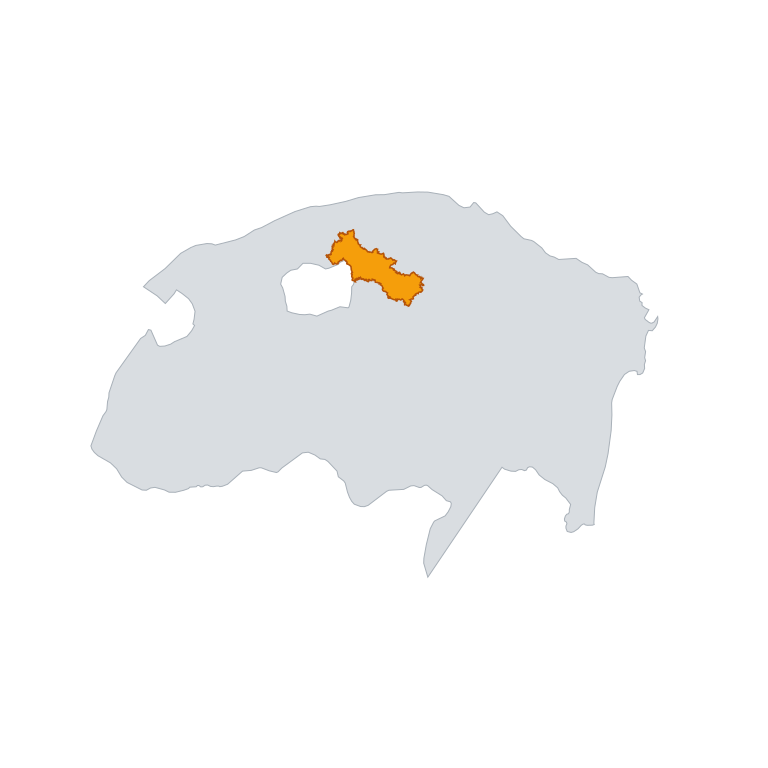 Joe Gqabi, Eastern Cape, South Africa shown in context, rotated 215°
{"feature_id": "47623444B23123045321242", "entity_name": "Joe Gqabi", "entity_type": "district", "adm_level": 2, "iso_a3": "ZAF", "parent_name": "South Africa", "parent_adm1": "Eastern Cape", "projection": "robinson", "projection_center": [27.656, -30.899], "detail": "fine", "context": "in_parent", "style": "filled", "palette": "amber", "viewbox_px": 768, "rotation_deg": 215, "n_neighbors": 0, "source": "geoboundaries", "source_scale": "gbopen_adm2", "svg_char_len": 9774}
<svg xmlns="http://www.w3.org/2000/svg" viewBox="0 0 768 768"><g transform="rotate(215 384 384)"><path d="M521.4,158.4L538.0,156.0L545.5,157.3L554.4,161.2L562.8,162.5L577.1,161.2L582.0,161.8L585.8,163.1L588.6,165.2L592.6,180.4L596.0,196.8L595.9,202.1L596.4,204.2L600.4,211.1L601.9,215.4L604.2,219.0L609.3,236.4L609.9,239.5L609.5,281.7L607.4,286.9L608.2,293.5L605.8,294.4L591.8,285.9L589.3,286.2L585.3,289.4L581.6,294.3L579.9,298.5L572.7,309.9L572.1,317.2L572.7,323.3L575.0,323.6L576.7,328.1L580.5,335.2L587.0,339.7L593.0,341.8L601.4,342.3L608.0,342.1L607.7,337.4L609.3,324.5L620.4,326.1L636.8,325.7L635.6,334.0L629.5,353.0L625.5,374.4L620.4,385.2L617.6,389.6L609.6,397.5L605.4,400.1L601.9,401.0L588.2,416.9L583.1,424.6L578.5,435.8L574.0,441.9L567.3,455.0L555.7,474.4L545.9,487.1L541.6,490.7L538.7,492.4L531.0,499.8L520.1,511.6L511.8,522.1L499.5,534.1L492.3,539.3L481.6,549.6L478.6,551.1L466.6,560.6L458.0,566.4L444.0,573.1L438.4,575.0L425.1,573.3L419.6,574.2L415.0,578.3L414.6,584.1L412.7,585.0L400.4,582.3L395.4,582.7L392.5,585.9L390.2,589.8L383.2,590.0L370.7,585.9L356.1,583.4L352.7,583.2L345.6,586.2L343.1,586.6L332.8,586.0L327.0,584.1L321.6,584.1L317.4,585.6L312.3,586.2L298.7,597.1L291.6,597.2L285.5,598.4L274.7,597.0L271.4,597.6L268.2,599.6L260.9,600.4L258.0,602.0L245.8,612.0L240.7,611.0L234.2,610.9L226.7,605.5L223.9,605.9L224.6,604.3L224.8,601.5L222.1,598.6L219.3,598.7L217.7,596.3L213.3,596.1L209.6,596.8L208.7,587.6L207.0,586.7L202.5,586.5L200.4,586.8L199.4,587.6L198.3,589.8L198.5,596.2L196.9,594.4L195.0,590.5L194.3,586.4L194.8,581.5L198.1,579.6L197.0,573.5L191.5,562.8L188.3,560.6L185.6,555.1L183.1,553.1L181.9,549.3L179.4,546.2L178.4,541.4L179.7,538.6L181.8,537.1L184.0,539.5L186.7,538.6L190.4,535.1L192.5,529.7L192.4,521.3L191.6,515.9L188.2,502.2L186.7,499.1L179.5,489.3L171.2,476.1L160.5,455.4L155.2,443.0L147.3,417.8L140.5,403.6L132.2,390.3L131.2,389.5L132.3,387.9L136.5,384.8L138.4,384.0L139.5,384.3L140.5,383.5L141.4,381.4L142.0,376.7L143.9,371.8L145.6,369.7L149.3,368.3L152.2,370.2L153.5,372.0L154.0,374.4L155.3,375.5L157.4,375.4L158.8,376.9L159.7,379.9L159.6,382.1L158.5,383.5L158.7,385.3L160.2,387.5L162.0,392.4L169.7,394.9L174.1,395.2L178.3,396.5L182.2,398.6L188.6,399.2L197.5,398.0L204.8,398.5L210.6,400.7L214.7,401.1L217.3,399.7L218.4,397.8L218.0,395.2L219.2,393.6L222.1,393.0L224.4,391.1L226.1,387.9L230.1,385.4L236.4,383.4L239.6,383.5L237.3,250.9L248.7,260.0L251.4,264.2L257.2,276.7L263.1,292.0L264.1,299.4L263.9,301.0L258.3,311.0L258.1,316.0L258.9,321.8L260.3,324.7L262.0,325.6L266.0,324.2L272.2,325.7L284.0,325.1L290.0,325.8L291.4,325.4L292.8,324.1L294.3,320.6L295.6,319.5L301.1,318.0L303.6,315.9L307.4,309.0L319.0,299.8L320.3,297.6L327.4,275.5L329.7,272.3L332.9,270.2L339.4,268.5L343.2,269.4L347.3,271.4L352.0,274.6L358.9,280.6L361.3,281.5L368.2,281.8L372.5,285.7L385.4,288.4L389.2,288.3L393.2,286.1L399.8,286.2L406.9,284.7L411.3,280.8L419.5,256.6L420.4,251.3L421.3,249.8L428.1,247.1L436.4,245.0L438.1,243.9L443.2,237.1L449.9,231.5L454.6,212.2L457.7,207.6L459.6,205.7L460.8,205.6L462.5,204.4L464.8,202.1L467.4,200.6L470.5,200.1L472.5,198.5L473.5,195.9L475.1,194.6L477.3,194.7L478.6,193.9L478.9,192.1L484.0,188.0L484.1,186.3L487.0,182.2L492.7,175.7L498.0,172.1L503.1,171.3L512.3,168.0L515.6,164.9L517.7,160.7L521.4,158.4ZM505.4,444.0L513.5,440.7L519.6,436.4L520.9,428.6L525.6,423.7L527.3,419.2L528.6,413.0L525.9,406.5L522.1,404.6L515.3,399.0L512.3,395.2L508.2,392.0L505.2,388.2L500.5,389.4L493.1,392.5L488.6,395.3L484.8,398.7L477.9,401.1L471.5,411.8L469.4,414.2L464.4,422.0L457.1,425.8L456.9,427.2L459.3,433.6L462.7,439.9L466.2,445.1L466.1,448.3L467.3,450.8L470.4,452.5L475.8,458.9L478.4,461.0L486.5,462.5L487.7,462.1L489.9,458.3L490.2,455.6L495.6,447.2L497.9,444.7L505.4,444.0Z" fill="#d9dde1" stroke="#a8b0b8" stroke-width="1"/><path d="M494.2,452.8L493.7,454.0L493.8,454.5L493.3,454.3L492.9,454.9L491.6,455.1L490.7,456.2L490.7,456.4L491.4,457.1L491.5,457.4L491.2,457.7L491.3,458.3L490.7,459.0L490.9,459.4L490.6,460.4L489.4,461.0L489.7,463.1L489.4,463.7L488.5,463.0L486.0,463.1L485.7,462.8L485.2,463.0L484.1,462.6L483.9,462.0L483.5,461.8L483.6,461.3L483.4,461.1L482.6,461.2L482.3,461.5L479.7,461.7L478.1,461.1L477.3,459.9L476.6,459.5L476.5,458.9L474.5,457.6L474.3,457.2L474.0,457.2L474.2,456.6L473.6,455.9L473.8,455.5L472.7,455.4L472.6,455.0L472.8,454.8L472.3,453.8L471.7,453.2L470.9,453.3L470.7,452.8L470.3,452.8L470.3,452.4L469.9,452.2L469.9,451.0L469.4,450.7L467.4,451.6L467.1,451.5L466.9,451.1L466.5,451.0L466.0,451.3L466.6,451.6L466.5,452.2L466.8,452.9L467.0,452.9L467.1,452.3L467.5,452.4L467.7,453.5L466.9,454.1L465.7,453.7L465.3,454.6L465.8,454.9L466.4,454.7L466.7,455.1L465.8,455.6L464.6,455.4L464.4,456.0L465.4,456.8L464.5,457.2L464.5,457.8L464.0,457.5L463.1,457.5L462.9,456.7L462.7,456.7L462.5,456.8L462.4,457.7L462.1,457.7L461.9,456.9L461.7,457.7L461.1,458.3L460.6,457.8L459.4,457.8L459.6,458.6L458.6,459.5L458.2,459.1L458.0,458.4L455.6,458.7L455.4,459.3L455.9,459.6L456.2,460.2L456.7,460.3L456.4,461.0L455.8,461.2L455.4,460.8L453.8,461.3L453.2,461.9L453.8,463.1L452.4,463.5L451.7,463.2L451.6,463.8L451.2,464.0L450.7,464.0L450.5,463.5L449.5,462.4L448.6,462.8L447.8,463.4L447.0,463.4L446.3,464.1L445.8,464.1L445.5,463.4L444.8,464.3L444.1,464.4L444.0,464.0L444.3,463.6L444.1,463.2L441.9,463.3L440.3,462.2L439.6,462.1L439.8,460.8L438.6,459.9L437.6,459.8L436.8,460.3L436.2,460.3L435.7,460.8L434.5,460.4L433.4,460.6L433.4,460.2L433.0,459.8L432.9,458.9L430.9,458.5L430.8,457.5L429.8,456.8L429.3,456.9L428.8,457.4L429.4,458.0L429.4,458.7L429.2,458.8L428.5,458.7L427.8,458.0L424.2,458.8L423.1,459.4L423.1,460.3L422.8,460.5L422.5,460.3L422.5,459.7L421.9,459.0L421.4,459.0L420.9,459.6L421.6,460.9L421.5,461.4L420.6,461.5L420.2,462.2L418.6,462.3L418.2,462.8L418.1,463.9L417.7,464.2L415.5,463.8L415.1,463.4L415.3,462.7L415.0,462.5L413.9,463.1L413.1,463.0L412.9,462.8L413.4,461.9L412.5,460.7L411.5,461.6L410.4,461.5L408.8,462.3L408.6,461.9L408.3,462.3L408.3,463.1L408.8,463.6L408.4,464.0L408.6,465.0L408.5,465.4L408.9,465.6L409.0,467.5L409.8,467.6L410.4,468.1L411.1,467.9L410.3,469.4L409.2,470.0L408.8,470.7L410.2,471.9L409.8,473.0L410.0,473.8L408.9,474.9L409.2,475.7L409.7,475.7L409.3,476.8L408.6,477.4L407.8,477.7L408.3,478.3L408.1,479.1L407.2,480.3L406.6,480.2L406.4,480.4L406.0,482.6L406.3,483.3L406.7,483.1L407.9,483.8L407.7,484.0L408.2,484.7L408.7,484.7L409.1,484.0L409.7,483.9L409.6,484.2L410.4,485.1L411.5,485.5L410.2,486.9L409.7,487.0L409.0,486.7L408.1,487.5L408.7,488.1L410.1,487.9L411.7,488.4L412.3,487.9L412.6,490.6L412.3,491.3L412.5,493.0L413.4,492.5L413.9,492.8L413.8,492.5L414.3,492.2L414.4,491.6L414.8,492.1L415.6,492.0L416.1,492.6L416.6,492.5L416.9,491.9L418.0,491.5L419.4,492.1L419.3,492.3L420.7,491.8L422.6,492.5L422.7,492.3L424.0,492.6L424.8,491.2L424.6,490.7L425.1,490.3L425.2,489.2L425.0,487.5L425.4,487.2L426.0,487.4L428.7,486.0L429.1,484.5L429.9,485.0L431.2,485.4L432.2,483.5L434.1,483.3L434.0,483.9L435.2,484.4L435.6,483.2L435.9,483.5L436.0,483.2L435.8,483.0L435.9,482.5L436.3,482.1L436.5,482.2L438.0,482.1L437.5,482.9L438.0,483.5L441.2,482.9L441.1,483.6L442.0,484.0L442.6,483.4L444.1,483.7L446.0,482.4L446.4,483.1L446.6,485.4L445.3,487.0L445.4,488.2L445.2,488.9L443.7,488.9L444.2,490.1L444.3,491.9L445.7,491.3L446.3,491.7L447.2,491.5L447.6,490.5L449.5,491.1L450.8,491.2L451.1,490.3L451.9,489.8L451.9,489.1L453.5,487.9L454.3,488.5L454.8,487.7L456.0,488.5L456.9,487.9L457.5,488.5L457.4,488.9L458.1,489.8L458.5,489.7L459.0,490.6L459.4,490.8L460.8,488.7L463.9,487.7L464.0,489.2L464.5,489.0L464.3,488.3L464.7,487.9L465.3,489.1L465.6,489.2L465.9,489.2L466.5,490.7L467.2,490.4L467.9,490.5L468.9,489.1L469.4,486.3L468.7,485.5L469.2,484.7L470.4,484.6L471.5,483.6L472.2,483.8L472.8,483.0L473.9,483.1L474.5,483.5L476.2,483.7L477.1,483.3L477.0,483.7L477.9,483.9L478.4,483.4L478.6,482.8L479.4,482.8L480.1,483.2L480.3,482.9L482.0,482.8L483.0,483.6L483.0,484.4L483.8,483.9L485.6,484.1L485.8,484.7L486.4,484.8L487.5,485.8L488.4,487.1L489.0,486.8L489.3,486.0L489.6,486.3L490.4,486.3L490.3,486.7L491.2,486.4L491.9,486.8L492.5,486.7L492.9,487.4L493.6,487.5L493.6,488.3L494.5,489.5L494.8,490.5L495.7,490.9L496.0,491.6L497.0,492.2L497.5,492.8L498.0,492.3L498.3,490.9L498.9,490.6L499.0,490.0L499.4,489.8L499.4,489.4L500.0,489.4L500.6,488.9L501.1,488.0L501.0,487.2L500.2,487.1L499.7,486.4L500.1,486.2L500.1,485.6L500.3,485.2L500.5,485.2L501.0,484.5L501.5,484.5L501.6,484.2L502.0,484.4L502.5,484.0L503.0,484.1L502.8,483.8L503.2,483.9L503.4,484.2L503.7,484.1L503.7,483.8L504.1,484.1L504.5,484.0L504.6,483.7L504.8,484.0L505.0,483.6L504.9,483.4L505.6,483.0L505.9,482.7L506.4,482.1L506.6,482.6L507.0,482.6L506.7,481.9L506.9,481.4L506.2,481.5L506.5,480.3L507.2,480.1L507.1,479.8L506.6,479.6L506.4,479.8L505.8,479.5L505.9,479.3L505.5,479.0L504.5,479.1L504.6,478.9L504.3,478.6L504.0,479.3L503.5,479.0L503.5,479.3L503.0,479.2L503.0,478.5L502.4,478.7L502.3,479.3L501.7,479.5L501.6,479.4L501.9,479.1L501.8,478.6L501.6,478.5L501.7,478.0L501.0,477.5L500.9,476.9L501.0,476.6L501.3,477.2L502.3,477.4L501.9,477.2L503.0,476.0L502.6,475.8L502.7,475.3L503.4,475.3L503.8,474.2L503.5,473.7L503.7,472.9L505.4,472.6L506.1,472.8L505.8,472.3L505.7,471.1L505.1,469.9L505.6,469.7L504.9,468.8L505.2,468.6L504.4,468.4L505.5,467.1L505.1,466.6L504.5,466.6L504.6,466.4L504.2,465.9L504.3,465.6L503.9,465.0L503.0,464.9L503.1,464.7L502.7,464.3L502.9,464.0L502.5,463.3L503.2,463.2L502.9,462.9L503.1,461.8L502.8,461.7L502.4,460.6L501.6,459.8L502.0,459.1L502.6,459.2L502.6,458.9L503.1,458.1L503.4,458.2L503.5,458.0L503.2,457.8L503.3,457.3L504.2,457.1L503.9,456.9L505.0,456.5L504.5,457.0L504.9,456.9L505.1,456.4L504.8,456.4L504.7,456.0L503.9,455.7L503.5,455.1L502.4,455.6L502.2,456.3L501.4,456.3L501.5,455.5L500.6,454.6L499.6,454.8L499.3,454.5L498.6,454.5L498.0,453.9L497.7,454.0L496.4,453.7L495.1,452.8L494.2,452.8Z" fill="#f59e0b" stroke="#b45309" stroke-width="1.5"/></g></svg>